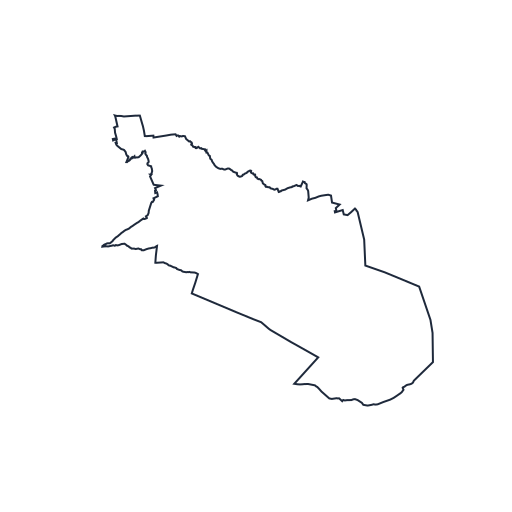 outline of Nanacamilpa de Mariano Arista, Tlaxcala, Mexico, rotated 246°
{"feature_id": "50627088B60175969461115", "entity_name": "Nanacamilpa de Mariano Arista", "entity_type": "district", "adm_level": 2, "iso_a3": "MEX", "parent_name": "Mexico", "parent_adm1": "Tlaxcala", "projection": "natural_earth1", "projection_center": [-98.513, 19.508], "detail": "fine", "context": "isolated", "style": "outline", "palette": "slate", "viewbox_px": 512, "rotation_deg": 246, "n_neighbors": 0, "source": "geoboundaries", "source_scale": "gbopen_adm2", "svg_char_len": 6112}
<svg xmlns="http://www.w3.org/2000/svg" viewBox="0 0 512 512"><g transform="rotate(246 256 256)"><path d="M259.1,365.7L257.3,360.5L256.1,356.3L258.3,353.1L262.7,353.9L263.7,345.9L264.9,346.2L264.4,347.8L267.3,348.4L269.0,353.3L273.9,347.2L280.7,349.1L282.6,346.9L283.5,343.8L284.5,340.1L284.9,337.6L285.0,333.8L285.6,330.5L285.7,326.2L287.9,327.9L293.9,330.0L294.3,330.1L295.6,330.1L297.3,329.7L299.9,331.0L300.9,331.4L301.3,331.3L302.6,330.4L303.2,330.4L303.8,330.5L304.4,329.5L304.9,329.2L301.3,325.1L301.8,324.6L302.2,324.6L303.0,322.7L304.3,322.0L304.4,321.9L304.4,318.6L304.7,317.9L304.7,317.4L304.4,317.0L304.4,316.5L304.8,315.1L305.1,312.4L304.8,309.6L305.4,306.0L305.3,305.6L305.1,305.3L305.0,304.8L305.3,304.4L305.3,304.2L305.3,303.9L305.1,303.2L305.2,302.8L308.7,303.0L309.1,302.1L308.9,300.9L309.1,299.7L310.5,298.6L311.9,296.8L312.1,296.7L312.9,296.6L313.4,296.2L313.9,295.0L314.7,294.3L315.0,293.3L315.3,293.1L315.9,293.0L316.5,293.4L317.1,293.4L317.8,292.7L319.6,291.8L321.9,292.2L322.7,291.6L323.5,291.6L324.9,290.4L325.2,289.5L325.7,289.2L326.1,288.8L327.4,288.8L327.8,288.1L328.3,287.8L329.0,287.9L329.7,287.8L330.6,288.3L330.8,288.3L331.4,287.0L332.6,287.0L332.7,286.5L333.9,285.5L334.6,285.4L335.7,286.2L336.2,285.9L336.5,285.1L336.5,284.5L336.3,283.4L336.4,282.7L335.7,281.2L335.8,279.4L335.4,277.9L335.6,277.0L335.5,276.8L335.0,276.4L334.7,275.7L334.8,274.3L335.0,273.4L335.4,272.9L336.1,272.6L336.3,272.2L337.1,271.8L338.4,271.7L339.4,272.4L339.8,272.3L340.0,271.8L342.2,269.5L344.1,268.8L344.7,268.2L345.7,267.8L346.2,267.3L346.6,267.2L347.1,266.5L347.4,265.8L347.5,264.3L347.5,263.2L347.7,262.6L348.0,262.0L349.6,260.5L350.0,259.0L350.4,258.5L351.2,257.6L351.9,257.0L353.8,255.8L355.9,255.1L357.4,255.0L358.5,254.7L360.3,254.4L361.8,254.6L363.5,253.8L366.2,254.5L367.1,253.8L370.1,253.7L370.6,252.8L372.6,253.7L372.4,252.6L373.3,252.4L374.1,252.9L376.1,249.9L376.7,249.9L377.1,248.7L379.2,247.7L378.7,245.6L378.9,245.1L379.1,244.8L379.3,244.8L380.1,245.0L380.2,244.5L380.6,244.3L381.1,243.3L381.4,243.0L381.9,242.9L382.6,243.0L383.4,242.6L383.7,242.2L384.1,242.1L384.3,242.2L384.6,243.1L384.9,243.3L385.1,243.1L385.3,243.1L385.6,243.2L386.0,243.3L386.7,242.9L387.3,242.5L387.7,242.4L387.8,241.5L391.3,239.8L394.3,239.8L395.4,238.1L395.4,237.9L395.4,236.9L396.5,235.3L396.2,234.7L396.2,234.4L396.4,234.3L397.1,234.3L397.9,233.8L398.1,233.1L398.0,232.3L399.9,232.0L401.4,227.8L402.6,222.9L405.9,210.6L407.7,211.2L410.0,204.8L410.8,203.2L416.1,204.6L420.6,205.5L423.0,205.8L431.5,207.0L433.3,202.8L437.2,192.0L438.6,190.0L439.4,188.5L440.3,186.3L441.2,184.9L441.8,184.2L440.7,184.2L430.7,182.2L431.1,180.6L431.1,178.6L429.7,178.7L426.0,177.4L422.3,176.9L419.7,176.4L420.7,174.7L421.1,172.8L419.7,172.5L419.7,174.2L419.2,175.6L415.8,174.8L416.3,173.8L415.1,173.7L413.9,173.8L412.7,174.3L408.5,176.4L407.2,178.0L406.5,178.6L404.1,179.2L401.5,178.8L401.2,178.9L400.1,178.9L399.5,179.2L399.1,179.8L398.6,179.8L397.0,178.4L394.5,175.8L394.2,176.4L394.6,177.2L394.7,179.1L395.1,179.6L395.1,180.1L395.6,180.4L395.6,180.9L396.0,181.1L395.8,181.6L396.5,182.3L396.7,183.1L396.7,183.3L395.7,183.4L396.5,185.5L395.6,185.3L395.0,185.4L394.8,186.6L394.2,188.1L394.0,189.1L394.8,191.5L395.5,193.1L396.0,193.9L396.3,193.7L397.0,194.0L397.3,194.6L397.2,195.1L397.5,195.2L396.9,196.6L397.2,197.3L396.0,197.4L395.1,197.1L394.5,196.5L393.2,196.6L392.1,197.1L391.1,196.8L388.5,196.9L386.4,196.5L385.8,196.3L385.5,196.1L385.3,195.8L384.9,194.6L384.1,194.1L382.7,194.3L380.6,196.7L379.8,196.4L378.4,196.4L375.8,195.7L374.1,194.3L373.3,193.0L373.4,192.7L373.0,192.9L372.8,193.3L371.8,191.6L362.8,191.5L362.6,191.6L359.0,197.7L359.1,191.4L356.8,191.4L356.7,190.3L354.5,189.6L354.4,191.5L352.4,191.2L350.5,190.6L350.4,185.9L349.4,186.1L348.7,185.7L348.6,185.1L348.2,184.9L347.4,183.8L347.4,182.8L347.6,182.7L347.1,181.9L341.0,176.5L339.0,175.4L337.4,173.7L337.0,171.6L335.2,171.8L335.0,171.7L335.1,169.3L335.3,168.7L335.6,168.3L336.0,168.3L336.0,167.9L336.0,167.5L335.7,166.6L335.4,164.8L334.8,162.5L334.7,161.8L334.7,161.1L334.1,157.5L333.6,155.2L333.5,153.9L332.7,151.0L332.7,148.7L332.8,147.9L332.6,146.2L332.0,143.8L331.8,142.5L331.0,140.2L330.7,139.0L330.3,137.9L329.9,135.4L328.6,132.0L328.2,131.5L327.9,130.8L327.2,128.4L327.1,127.7L327.2,127.1L327.8,126.1L328.1,125.0L328.0,124.2L328.1,122.7L328.0,121.4L327.7,120.9L327.6,119.8L327.0,119.4L326.4,121.6L326.1,122.0L326.1,122.8L325.4,123.7L324.8,125.0L324.4,127.1L324.0,128.7L324.0,129.5L323.7,130.2L322.9,131.0L322.8,131.9L323.0,132.1L323.0,132.4L322.0,133.8L321.7,135.3L321.6,138.1L320.7,140.9L318.5,142.2L317.9,142.3L316.7,143.5L315.8,143.8L314.9,144.3L314.7,144.7L313.4,145.3L312.3,147.7L311.3,148.9L310.7,151.6L309.5,152.7L308.9,153.8L308.5,153.9L307.8,153.9L307.1,155.3L306.9,155.7L306.8,158.8L306.5,161.1L306.0,162.9L305.7,164.9L305.3,165.7L305.1,166.5L305.1,167.7L305.5,169.1L305.5,169.7L297.3,164.8L290.8,161.3L290.4,162.0L287.9,168.8L286.5,169.9L285.8,170.8L284.6,171.8L283.1,172.4L282.4,173.1L282.2,173.6L279.0,176.3L278.7,177.0L278.0,177.6L277.4,178.3L276.3,178.5L274.4,180.4L273.5,181.7L271.8,182.5L271.1,183.3L270.6,184.1L269.9,185.1L269.5,185.7L269.3,186.7L268.8,187.5L268.5,188.8L267.8,189.4L265.8,193.3L264.6,194.5L263.1,195.6L256.2,189.6L250.8,184.6L247.9,182.1L212.4,215.4L199.4,227.8L193.4,233.8L184.3,238.1L182.4,239.2L163.1,253.0L159.8,255.5L138.1,271.6L123.7,239.0L121.9,241.8L120.9,243.7L120.1,245.7L119.4,247.9L117.9,251.5L113.9,257.2L112.1,258.1L111.5,258.7L108.7,259.7L105.5,260.7L96.1,265.0L94.6,267.1L93.3,271.8L92.6,272.8L92.2,274.0L88.3,275.7L89.0,277.1L87.9,278.4L87.3,280.5L85.6,284.5L85.5,286.6L85.0,288.2L83.1,290.2L78.8,293.0L76.4,293.5L74.1,296.9L73.8,297.7L73.0,301.1L72.7,303.2L71.8,304.4L71.2,306.1L71.0,307.0L70.8,313.0L70.2,320.1L70.4,324.0L70.9,327.0L71.9,332.3L72.3,333.7L73.8,336.3L76.0,336.4L76.3,337.0L76.2,338.5L76.6,339.8L76.8,341.3L76.6,342.7L76.3,343.8L76.1,345.2L76.1,346.2L76.3,347.3L76.6,348.0L77.9,349.5L87.1,374.5L113.9,386.0L126.7,389.4L161.7,392.6L188.7,367.0L202.8,352.0L227.0,361.5L254.7,366.7L255.7,366.6L256.7,366.2L257.5,366.3L259.1,365.7Z" fill="none" stroke="#1e293b" stroke-width="2"/></g></svg>